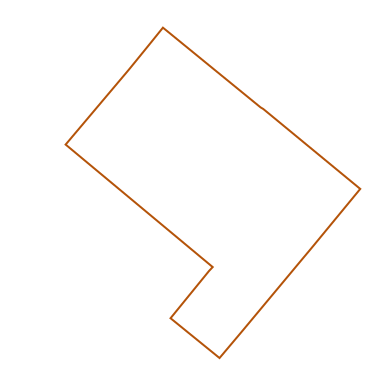 Wells, Indiana, United States of America (Natural Earth projection), rotated 310°
{"feature_id": "52423323B5084797475274", "entity_name": "Wells", "entity_type": "district", "adm_level": 2, "iso_a3": "USA", "parent_name": "United States of America", "parent_adm1": "Indiana", "projection": "natural_earth1", "projection_center": [-85.249, 40.742], "detail": "fine", "context": "isolated", "style": "outline", "palette": "amber", "viewbox_px": 384, "rotation_deg": 310, "n_neighbors": 0, "source": "geoboundaries", "source_scale": "gbopen_adm2", "svg_char_len": 339}
<svg xmlns="http://www.w3.org/2000/svg" viewBox="0 0 384 384"><g transform="rotate(310 192 192)"><path d="M81.5,256.7L82.5,319.8L115.3,319.9L213.9,319.6L225.4,319.6L302.5,318.9L301.4,193.2L300.9,190.1L299.2,64.1L278.4,64.5L245.1,65.0L147.1,64.7L147.8,256.1L142.4,255.8L81.5,256.7Z" fill="none" stroke="#b45309" stroke-width="2"/></g></svg>